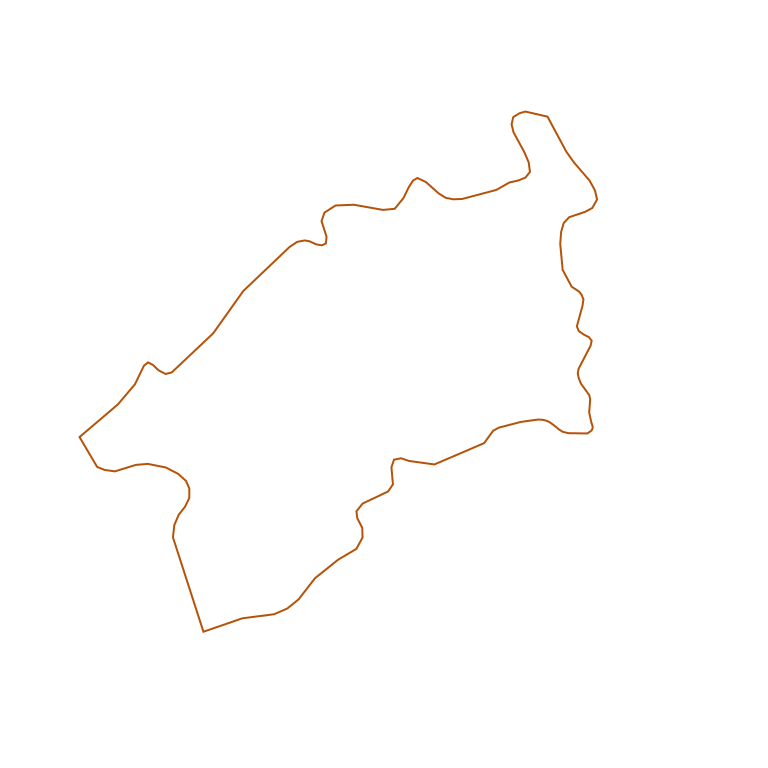 an SVG outline of Tissemsilt, rotated 139°
{"feature_id": "DZA-2206", "entity_name": "Tissemsilt", "entity_type": "Province", "adm_level": 1, "iso_a3": "DZA", "parent_name": "Algeria", "parent_adm1": "", "projection": "equal_earth", "projection_center": [1.694, 35.775], "detail": "fine", "context": "isolated", "style": "outline", "palette": "amber", "viewbox_px": 768, "rotation_deg": 139, "n_neighbors": 0, "source": "natural_earth", "source_scale": "10m", "svg_char_len": 1720}
<svg xmlns="http://www.w3.org/2000/svg" viewBox="0 0 768 768"><g transform="rotate(139 384 384)"><path d="M347.2,273.7L398.7,290.2L415.5,309.4L419.9,316.8L426.1,320.3L433.0,316.3L443.1,302.4L451.4,300.2L478.5,307.8L488.3,306.0L492.2,300.3L494.8,289.7L500.9,282.2L513.0,277.7L533.7,281.5L563.5,282.7L589.7,277.5L604.3,278.0L618.1,282.4L644.6,300.1L682.8,315.5L643.9,406.7L634.9,415.0L624.7,420.0L614.7,421.9L605.8,425.7L599.5,432.8L597.0,440.7L598.3,451.2L603.4,464.1L614.7,478.7L624.3,485.7L644.4,494.6L651.2,502.4L654.9,509.6L648.6,543.7L598.1,543.2L572.1,547.2L553.2,555.3L547.9,555.1L545.8,549.7L545.2,542.3L542.3,534.9L536.6,532.0L479.8,534.3L429.2,546.5L365.3,549.4L356.2,548.2L349.7,544.4L346.6,540.6L343.6,533.9L339.9,529.4L335.6,528.2L330.7,532.9L324.3,547.9L316.5,552.4L303.4,550.5L289.0,538.9L270.6,516.1L261.0,509.2L247.2,511.6L236.4,516.2L228.7,518.5L223.6,517.5L219.9,509.0L217.7,492.1L215.3,484.1L210.6,478.0L203.5,472.3L171.9,456.8L157.1,453.8L149.0,449.4L141.8,447.0L134.7,448.3L129.4,456.3L126.0,466.9L121.1,489.0L117.4,496.2L111.4,500.6L104.3,499.5L98.6,496.9L85.2,478.5L94.0,439.7L95.3,426.4L95.4,402.7L97.8,391.6L102.2,383.4L111.4,380.2L119.3,382.0L134.8,388.4L142.7,387.6L150.5,382.6L159.1,374.1L174.3,352.9L178.5,334.4L176.1,325.5L176.4,321.7L177.9,317.1L183.0,312.7L200.6,301.0L202.3,296.1L200.7,290.0L198.6,284.8L198.9,280.4L202.9,277.4L227.2,267.8L230.8,264.9L233.2,260.6L235.1,255.2L236.4,240.9L238.5,237.1L247.8,227.9L252.9,218.7L253.5,217.0L254.0,215.9L255.2,214.0L257.9,212.7L263.0,213.3L277.0,225.8L280.4,230.5L281.7,234.6L282.3,238.6L283.9,246.1L285.3,249.4L287.5,252.6L290.9,256.0L305.6,265.6L325.9,275.7L332.3,277.1L347.2,273.7Z" fill="none" stroke="#b45309" stroke-width="2"/></g></svg>